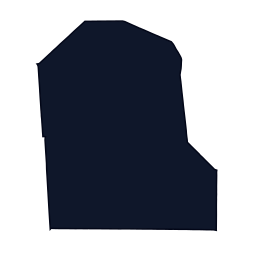 outline of Adelaide, South Australia, Australia, rotated 4°
{"feature_id": "25037944B32453744991132", "entity_name": "Adelaide", "entity_type": "district", "adm_level": 2, "iso_a3": "AUS", "parent_name": "Australia", "parent_adm1": "South Australia", "projection": "mercator", "projection_center": [138.601, -34.92], "detail": "fine", "context": "isolated", "style": "filled", "palette": "ink", "viewbox_px": 256, "rotation_deg": 4, "n_neighbors": 0, "source": "geoboundaries", "source_scale": "gbopen_adm2", "svg_char_len": 2133}
<svg xmlns="http://www.w3.org/2000/svg" viewBox="0 0 256 256"><g transform="rotate(4 128 128)"><path d="M77.6,24.6L74.5,27.9L67.5,35.2L61.9,41.3L57.4,46.0L54.5,49.0L52.9,50.8L50.8,53.1L48.5,55.4L46.5,57.6L46.3,57.9L44.2,60.1L39.8,64.8L38.0,66.7L35.0,69.9L33.8,70.2L32.8,70.5L33.0,70.7L33.4,71.3L33.9,72.2L34.1,73.0L34.3,73.9L35.7,84.3L37.0,93.6L38.2,102.9L39.5,112.3L39.9,115.5L40.3,118.0L40.4,118.9L40.6,120.1L40.8,122.1L41.4,125.4L41.8,128.6L42.7,134.9L43.1,138.1L43.5,140.7L43.6,141.4L43.7,142.5L44.7,142.4L46.3,142.5L46.1,143.7L46.1,145.8L46.3,147.3L47.2,154.2L49.2,169.0L49.7,174.5L49.8,175.3L50.9,183.7L55.1,216.3L57.5,234.3L58.1,233.5L58.8,233.4L61.6,233.3L65.5,233.1L67.3,233.0L71.3,232.7L74.1,232.5L78.6,232.3L81.5,232.1L82.0,232.1L86.9,231.7L92.1,231.4L95.9,231.1L97.8,231.0L103.5,230.6L105.2,230.5L108.4,230.3L110.3,230.2L113.5,230.0L114.7,229.9L118.4,229.7L124.5,229.3L126.7,229.2L127.9,229.1L128.6,229.0L131.5,228.8L134.3,228.6L140.7,228.2L146.4,227.9L152.5,227.5L156.9,227.2L164.5,226.8L172.3,226.3L176.4,226.1L180.3,225.8L183.9,225.6L184.0,225.6L188.0,225.4L193.4,225.0L200.4,224.7L208.1,224.2L213.1,224.0L215.7,223.8L220.7,223.6L223.2,223.9L223.1,223.2L222.8,218.2L222.5,213.3L222.2,208.4L221.9,204.3L221.6,200.3L221.3,195.5L221.2,193.4L221.0,191.0L220.9,187.9L220.7,185.8L220.6,183.9L220.3,180.0L220.0,174.3L219.7,169.1L219.4,165.7L219.5,163.9L217.2,163.3L209.0,156.2L206.9,154.4L204.9,152.6L203.7,151.6L201.8,150.1L200.9,149.1L191.7,141.2L188.2,138.1L187.7,135.0L187.1,132.2L186.6,129.4L186.2,126.4L185.7,123.6L184.5,117.1L184.1,114.9L183.7,112.8L182.4,105.9L181.5,101.1L180.9,97.4L180.1,93.2L178.9,86.6L178.5,84.3L177.4,78.0L176.8,75.1L176.7,74.6L176.1,71.3L176.3,69.0L176.4,67.7L176.5,66.8L176.6,66.1L176.7,64.9L176.7,62.4L176.7,61.7L176.6,58.9L176.6,57.3L176.6,56.4L176.5,55.8L176.2,54.9L175.9,54.1L175.4,53.3L174.8,52.3L173.2,49.9L172.7,49.1L170.5,46.2L168.5,43.0L167.7,41.8L167.1,41.0L166.5,40.4L165.2,39.0L162.3,38.0L157.1,36.2L145.5,32.2L140.3,30.3L132.8,27.7L132.6,27.7L117.4,22.1L115.0,21.7L104.9,22.5L90.5,23.6L82.0,24.3L81.9,24.3L77.6,24.6Z" fill="#0f172a" stroke="#020617" stroke-width="1.5"/></g></svg>